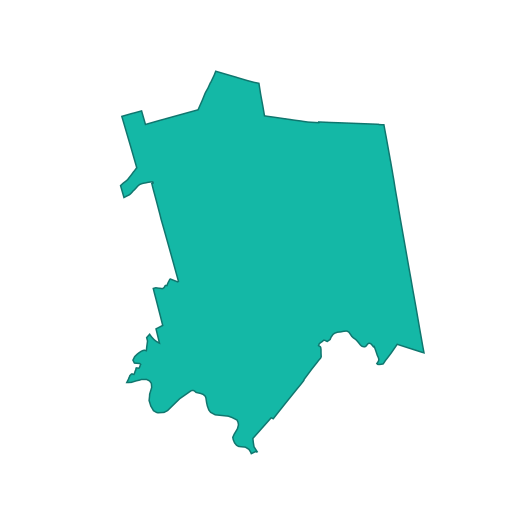 outline of Vulturu, Vrancea, Romania, rotated 164°
{"feature_id": "2599482B3824966858584", "entity_name": "Vulturu", "entity_type": "district", "adm_level": 2, "iso_a3": "ROU", "parent_name": "Romania", "parent_adm1": "Vrancea", "projection": "albers", "projection_center": [27.441, 45.598], "detail": "fine", "context": "isolated", "style": "filled", "palette": "teal", "viewbox_px": 512, "rotation_deg": 164, "n_neighbors": 0, "source": "geoboundaries", "source_scale": "gbopen_adm2", "svg_char_len": 4893}
<svg xmlns="http://www.w3.org/2000/svg" viewBox="0 0 512 512"><g transform="rotate(164 256 256)"><path d="M336.0,427.2L338.5,427.2L346.5,427.2L346.4,409.0L346.3,394.9L346.3,385.8L346.3,376.7L346.3,373.6L346.6,373.5L346.9,373.3L348.7,371.9L349.3,371.4L350.6,370.6L353.0,368.7L354.2,367.8L356.2,366.4L357.6,365.4L358.0,365.0L358.3,364.8L358.8,364.6L359.6,364.2L360.8,363.7L361.8,363.3L363.4,362.7L366.8,361.0L366.8,348.6L365.8,348.8L364.9,349.0L363.9,349.2L362.2,349.5L361.4,349.6L360.2,350.0L359.2,350.5L357.8,351.3L356.5,352.2L355.8,352.6L354.3,353.3L353.4,353.9L352.7,354.3L351.9,354.8L350.6,355.7L349.3,356.3L348.1,356.8L347.0,356.9L345.7,357.0L344.7,357.0L343.4,356.9L341.7,356.7L339.7,356.6L338.2,356.4L337.3,356.3L336.0,356.0L335.5,355.9L335.0,355.7L334.8,355.6L334.7,354.6L334.9,354.4L335.3,354.3L335.8,354.3L336.2,354.3L336.2,353.5L336.3,351.4L336.4,348.0L336.6,335.6L336.9,322.5L337.1,317.5L337.1,315.7L337.1,314.6L337.1,305.8L337.2,287.2L337.3,273.8L337.3,273.1L337.4,263.9L337.5,253.1L338.4,252.7L344.7,257.5L345.1,257.4L345.5,257.1L346.1,256.4L347.0,255.5L348.2,254.2L348.9,253.3L349.3,252.7L349.7,252.1L350.1,252.3L350.8,252.6L351.2,252.6L351.4,252.5L351.8,252.2L352.1,252.0L352.6,251.4L352.8,251.1L353.8,250.7L354.7,250.4L355.9,250.8L356.6,251.2L358.5,251.9L360.9,253.0L361.4,253.1L363.7,253.1L363.9,247.9L364.0,242.6L364.5,224.7L364.8,215.0L372.2,213.5L372.8,198.8L373.4,199.3L374.2,200.2L375.3,201.3L375.9,202.1L376.5,202.9L376.9,203.5L377.2,204.0L377.9,205.4L378.3,206.2L378.7,207.0L379.0,207.8L379.5,209.1L379.8,210.1L383.6,207.7L383.7,204.4L383.9,203.7L386.1,198.7L387.5,195.2L389.0,196.0L389.5,196.3L389.9,196.2L390.7,196.3L391.5,196.2L392.2,196.1L393.1,195.9L395.5,195.1L397.2,194.4L398.9,193.5L399.7,193.1L400.4,192.6L400.8,192.3L401.6,191.3L402.3,190.6L403.0,189.8L402.4,186.6L400.9,186.0L399.9,185.7L399.1,185.3L398.7,185.2L398.2,185.0L397.5,184.8L397.3,184.6L396.7,183.6L397.2,183.1L398.4,181.4L398.8,181.0L399.1,180.7L399.4,180.5L399.7,180.5L399.9,180.5L400.6,180.9L401.4,181.2L401.7,181.4L401.9,181.4L402.2,181.3L402.3,181.0L403.1,179.4L403.3,179.3L404.0,178.5L404.8,177.2L406.0,175.8L406.3,176.0L407.0,176.3L407.5,176.8L408.0,176.9L408.6,176.7L409.2,176.3L409.8,176.0L410.2,175.8L411.2,174.4L411.6,174.1L412.1,173.3L412.5,172.8L415.1,170.0L414.5,169.8L413.3,169.5L410.7,168.9L406.4,169.0L405.3,169.0L402.3,168.8L400.2,168.9L395.2,167.5L392.7,165.2L391.7,162.4L392.5,158.4L396.3,152.5L397.0,150.5L398.6,146.5L398.5,142.6L398.5,140.8L397.5,137.0L397.2,135.6L394.9,133.2L394.2,132.7L393.4,132.3L387.5,131.0L383.6,131.8L379.0,134.3L368.6,139.9L359.5,143.0L355.5,144.4L353.6,144.2L352.4,143.3L351.2,141.4L347.2,139.2L344.9,137.5L343.4,135.1L343.3,133.2L343.9,128.6L344.1,125.3L343.8,121.0L342.7,118.2L339.0,114.6L326.8,109.7L323.6,107.4L319.5,103.6L319.1,101.0L319.4,98.5L321.5,95.0L326.1,90.7L328.3,88.1L328.5,85.7L328.1,82.3L326.9,79.5L325.3,77.8L323.2,76.9L318.9,75.2L316.1,72.1L315.3,69.4L315.0,67.3L311.6,67.9L310.4,68.1L310.2,68.0L309.6,67.5L309.2,67.4L308.8,67.5L309.3,69.1L310.5,73.2L310.0,77.4L309.3,81.5L286.0,96.3L284.3,94.8L276.7,100.3L268.0,106.5L252.5,117.4L248.0,120.5L244.3,123.2L243.8,124.1L240.4,126.7L233.3,132.1L226.7,136.8L224.6,138.4L222.1,140.0L221.1,141.2L220.3,144.6L219.3,148.2L219.0,150.4L219.3,151.2L220.6,152.6L219.5,154.1L218.1,154.8L215.7,155.6L214.2,156.4L213.1,156.0L211.8,154.8L211.1,154.2L207.8,155.3L206.3,157.2L203.6,159.4L201.7,160.1L198.7,160.3L195.5,159.7L192.8,159.5L189.9,159.0L189.0,158.5L187.7,157.2L186.8,154.6L186.1,152.4L185.0,150.5L183.6,148.8L182.7,147.5L181.5,144.9L180.9,143.5L180.1,141.6L179.2,140.2L178.1,139.4L176.8,138.8L175.8,138.8L175.0,139.1L174.4,139.5L173.4,140.3L172.6,140.8L171.5,141.0L170.7,140.7L169.9,140.1L169.4,139.3L168.6,137.5L168.1,136.3L167.4,136.5L167.2,135.2L167.1,133.9L166.9,130.2L166.8,127.3L166.4,124.5L166.4,122.9L167.1,121.4L167.8,120.7L168.9,119.8L169.5,119.3L168.9,118.3L168.2,118.0L166.7,117.6L163.6,117.2L162.8,117.8L160.1,120.1L158.1,121.5L152.9,125.4L144.6,132.2L140.9,129.7L123.9,118.3L121.2,116.6L120.6,123.1L119.9,129.7L118.8,140.3L116.5,161.5L115.1,175.1L114.7,179.2L113.7,188.5L113.5,190.3L112.3,202.1L106.9,253.4L106.0,261.5L105.7,263.8L105.1,269.0L104.3,276.6L103.8,281.2L103.7,282.1L102.5,291.9L102.1,295.8L101.7,299.2L100.5,310.3L100.5,310.7L100.4,312.0L100.2,313.6L98.1,334.3L97.7,338.7L97.6,339.7L96.9,346.9L99.2,347.6L101.4,348.4L101.9,348.8L107.3,350.6L137.7,360.6L148.2,364.0L158.6,367.5L158.6,366.9L159.1,366.9L169.1,370.4L174.2,372.7L175.4,373.3L180.8,375.6L181.0,375.7L182.8,376.5L201.0,384.7L206.7,387.2L209.2,388.4L208.1,398.4L207.2,407.8L206.9,410.7L205.6,421.2L210.1,423.5L216.1,427.1L225.2,432.9L225.4,433.1L231.0,436.6L237.0,440.4L243.8,444.7L246.3,441.4L251.6,435.4L252.1,435.1L255.9,430.6L258.9,427.7L260.1,426.4L264.7,420.5L271.4,412.5L311.7,412.9L326.0,412.9L326.0,427.0L333.9,427.1L336.0,427.2Z" fill="#14b8a6" stroke="#0f766e" stroke-width="1.5"/></g></svg>